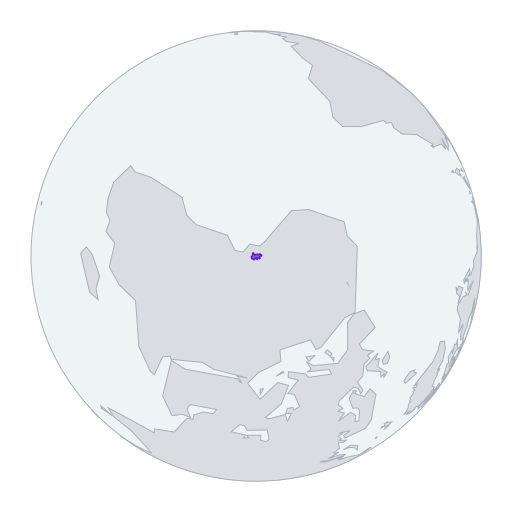 globe centered on Kogi, rotated 140°
{"feature_id": "NGA-2865", "entity_name": "Kogi", "entity_type": "State", "adm_level": 1, "iso_a3": "NGA", "parent_name": "Nigeria", "parent_adm1": "", "projection": "orthographic", "projection_center": [6.621, 7.634], "detail": "fine", "context": "on_globe", "style": "filled", "palette": "violet", "viewbox_px": 512, "rotation_deg": 140, "n_neighbors": 0, "source": "natural_earth", "source_scale": "10m", "svg_char_len": 9883}
<svg xmlns="http://www.w3.org/2000/svg" viewBox="0 0 512 512"><g transform="rotate(140 256 256)"><circle cx="256" cy="256" r="225" fill="#eef3f6" stroke="#a8b0b8"/><path d="M175.8,45.5L174.6,46.0L176.3,45.4L171.2,47.5L177.0,45.4L181.3,43.8L185.2,42.5L186.7,42.2L180.4,44.5L178.8,45.0L177.7,45.6L174.0,46.9L176.6,46.1L168.9,49.4L178.6,46.0L174.1,48.4L168.4,50.7L166.5,50.6L148.4,58.2L142.1,61.7L135.1,66.0L127.3,73.1L121.3,77.4L115.1,83.1L119.5,80.2L126.0,74.9L132.7,71.7L139.7,66.3L143.5,64.5L151.8,59.5L153.2,60.3L150.1,64.0L143.3,68.5L141.8,70.5L150.5,66.8L139.9,76.3L136.6,85.3L133.6,88.2L123.7,91.9L118.2,90.0L105.4,97.5L116.4,93.0L108.6,101.4L108.4,103.3L110.5,103.5L114.4,100.6L112.4,103.9L100.7,108.9L102.4,105.9L106.1,104.2L103.4,103.6L95.5,108.3L92.2,112.8L83.8,117.1L81.3,120.7L78.1,124.0L82.6,117.9L74.3,129.4L63.9,140.4L52.4,162.3L60.8,144.4L62.0,141.7L62.1,141.3L71.2,127.2L81.3,113.7L92.4,101.1L104.5,89.3L117.3,78.5L131.0,68.6L145.3,59.8L160.3,52.1L175.8,45.5ZM39.1,195.2L38.7,197.2L34.9,212.8L33.5,221.7L34.4,220.7L34.7,225.8L37.3,217.4L40.5,213.8L38.1,226.8L41.8,215.8L42.3,222.8L50.0,225.3L48.8,228.0L55.0,245.9L65.6,255.5L68.0,265.7L66.4,271.3L70.9,274.0L71.0,277.9L92.5,287.7L106.4,299.5L107.8,313.0L100.0,327.0L101.8,358.1L90.1,365.8L93.1,378.0L94.3,394.3L86.5,391.0L94.9,400.8L95.6,405.2L92.2,404.4L97.0,410.5L94.7,409.7L100.0,414.5L104.4,421.2L112.5,428.2L117.8,433.5L123.2,437.6L122.3,437.1L123.3,438.0L126.1,440.0L122.6,437.6L106.4,424.5L104.2,422.4L103.2,421.5L101.7,420.1L92.5,410.6L93.9,412.3L79.1,394.9L69.9,380.9L49.6,337.9L45.6,328.5L39.8,316.2L32.2,281.0L31.4,268.2L31.0,261.4L32.6,244.3L34.0,226.4L33.9,223.3L32.7,229.2L33.8,219.0L39.1,195.2ZM49.0,169.7L47.4,183.1L45.1,182.9L46.1,181.2L47.2,176.1L48.2,170.8L47.1,172.0L49.0,169.7ZM55.5,158.7L55.5,157.4L55.9,157.8L55.5,158.7ZM150.4,59.6L151.1,59.6L149.2,60.5L150.4,59.6ZM153.4,57.6L150.8,58.6L151.8,57.9L153.4,57.2L153.4,57.6ZM156.4,56.5L154.0,56.5L155.9,55.2L163.5,51.9L156.4,56.5ZM182.0,43.4L177.5,45.1L180.0,44.0L182.0,43.4ZM193.2,39.6L196.7,38.7L182.6,43.1L183.1,42.8L193.2,39.6ZM187.0,41.9L186.8,41.8L193.2,39.8L194.9,39.6L192.2,40.3L187.0,41.9ZM191.5,40.6L195.6,39.6L193.8,40.5L187.7,41.9L191.5,40.6ZM194.1,39.4L197.2,38.6L196.0,38.9L194.1,39.4ZM190.0,43.8L189.5,43.3L192.8,42.1L190.0,43.8ZM197.2,39.3L197.8,39.0L199.0,38.6L201.3,38.2L197.2,39.3ZM205.0,36.6L205.3,36.5L206.4,36.2L210.5,35.4L211.3,35.2L205.1,36.6L209.0,35.7L209.8,35.6L203.8,37.0L204.7,36.6L205.0,36.6ZM207.3,36.8L200.3,39.0L200.5,39.9L197.5,40.9L197.8,39.3L207.3,36.8ZM205.7,36.7L206.0,36.9L202.2,37.8L199.7,38.2L205.7,36.7ZM215.0,34.5L215.5,34.4L214.4,34.6L215.0,34.5ZM208.1,36.8L209.8,36.3L208.5,36.7L208.1,36.8ZM214.1,34.8L212.9,35.0L214.6,34.6L214.1,34.8ZM214.1,35.4L211.8,36.0L210.0,36.2L214.1,35.4ZM214.7,35.0L217.3,34.5L210.7,35.9L213.9,35.1L214.7,35.0ZM215.8,34.5L216.5,34.3L216.1,34.5L215.8,34.5ZM222.2,34.6L214.4,36.3L210.4,36.6L218.5,34.8L222.2,34.6ZM124.1,438.6L126.8,440.5L123.8,438.1L132.4,443.7L133.2,444.7L124.8,439.1L124.1,438.6ZM127.1,438.6L127.6,437.7L129.7,438.9L129.8,439.9L127.1,438.6ZM475.6,205.6L471.5,190.7L472.3,195.5L469.8,187.3L462.9,172.1L462.6,178.8L464.0,202.9L468.2,224.3L466.8,234.7L455.2,205.8L447.7,186.0L444.9,188.8L431.8,173.8L413.2,176.1L409.3,171.3L406.1,174.3L396.6,170.4L390.1,162.6L384.9,163.9L401.9,184.4L407.3,183.2L410.0,174.1L413.9,181.8L422.9,187.8L417.5,208.8L387.9,230.5L382.9,214.7L349.4,174.3L349.2,169.5L349.0,169.0L348.4,168.1L347.5,175.9L341.0,168.2L361.2,196.3L365.5,209.1L387.5,231.5L385.9,234.3L392.4,238.7L410.4,230.4L411.0,235.8L403.8,262.1L376.9,299.3L379.3,322.1L375.4,341.9L356.1,356.4L355.2,371.2L344.8,377.2L342.5,385.6L332.7,395.0L317.3,404.1L294.0,405.6L294.6,398.2L286.0,384.0L274.9,348.6L282.9,331.6L281.7,318.6L264.6,290.2L268.5,273.9L263.4,267.2L253.2,269.2L247.0,261.3L240.7,261.3L199.4,267.9L185.7,257.5L166.5,225.6L173.1,212.8L172.3,198.2L216.3,149.2L227.9,151.6L265.0,144.3L270.1,145.8L268.1,156.7L298.0,168.7L304.7,159.2L329.3,165.2L344.2,163.9L345.1,143.6L320.8,145.1L314.2,135.9L331.7,126.4L352.6,126.3L350.6,122.8L335.4,115.7L338.1,109.1L329.9,112.9L334.8,116.1L329.8,118.9L325.0,116.2L326.2,113.7L319.3,112.6L315.6,125.5L320.1,130.2L303.4,133.7L309.4,142.2L305.6,146.6L294.0,134.0L293.6,129.2L273.9,116.9L272.8,122.0L291.4,134.4L286.5,133.6L285.2,141.8L282.4,135.0L262.4,121.2L245.9,125.3L228.5,146.4L218.1,148.6L207.8,145.1L210.6,124.7L233.4,122.1L234.7,115.9L227.1,107.7L234.7,108.0L234.4,104.6L242.7,103.7L251.5,95.4L259.5,94.2L260.1,84.7L264.3,83.1L262.7,89.0L266.0,92.9L285.6,91.4L288.5,89.2L287.3,83.4L292.9,84.2L289.2,78.9L299.1,76.4L284.0,75.4L282.2,69.8L286.5,65.4L283.2,63.6L276.1,70.9L275.7,74.2L279.7,77.1L276.2,87.1L270.1,89.2L263.5,78.8L254.0,81.0L253.0,73.0L272.9,56.5L282.7,53.6L304.8,59.2L304.2,62.4L296.0,61.6L306.2,66.9L304.1,64.2L308.7,65.2L308.2,61.0L311.4,61.6L305.3,56.9L309.2,57.2L313.0,60.1L315.5,55.1L322.9,55.2L321.9,53.9L318.7,52.5L330.1,54.1L328.9,53.1L324.7,52.1L319.5,49.7L314.7,46.3L318.9,47.1L321.2,48.4L332.3,52.7L337.8,56.7L339.0,56.7L335.3,53.5L321.7,48.1L317.7,46.0L324.3,48.0L321.6,47.1L320.9,46.3L324.1,46.4L316.9,44.1L303.6,37.0L308.5,37.3L315.9,39.4L311.9,37.8L327.6,42.4L343.0,48.2L357.9,55.1L372.3,63.1L386.1,72.1L399.1,82.0L411.4,92.9L422.9,104.7L433.5,117.2L443.1,130.6L451.8,144.5L459.4,159.1L465.9,174.2L471.3,189.7L475.6,205.6ZM203.9,173.6L203.4,177.9L203.9,173.6ZM376.8,137.3L387.9,137.2L379.1,125.5L382.7,124.7L378.4,121.3L378.4,124.7L367.5,115.6L370.9,111.9L367.6,107.2L363.7,107.1L359.2,115.5L374.9,128.2L374.0,133.3L376.8,137.3ZM50.4,225.2L51.0,228.1L49.5,227.6L50.4,225.2ZM43.2,187.9L43.6,188.7L43.3,191.0L42.6,191.2L43.2,187.9ZM51.0,193.0L52.3,194.8L50.2,195.1L51.0,193.0ZM47.5,184.9L49.8,192.1L45.9,194.4L44.8,190.1L46.5,190.0L47.5,184.9ZM51.9,165.5L51.8,166.7L50.7,168.9L51.9,165.5ZM55.8,159.0L55.6,159.1L56.3,157.1L55.8,159.0ZM109.3,101.1L110.2,100.8L111.4,101.7L109.3,102.8L109.3,101.1ZM126.2,98.5L122.5,104.0L123.7,100.5L120.0,102.6L118.0,98.5L132.0,89.5L126.0,94.1L126.2,98.5ZM119.1,91.4L118.8,94.4L118.6,91.5L119.1,91.4ZM224.4,89.4L228.2,91.1L226.4,94.8L216.2,98.2L218.7,92.6L224.4,89.4ZM234.0,92.7L230.2,82.6L236.4,80.7L233.6,83.4L238.0,83.1L234.7,87.5L244.3,96.3L243.3,100.4L225.0,103.3L231.5,99.8L227.4,98.1L234.0,92.7ZM209.7,66.0L208.2,63.2L223.6,62.5L223.2,65.2L213.1,68.3L207.5,66.8L209.7,66.0ZM170.5,51.4L168.9,51.6L170.6,50.8L173.4,50.0L170.5,51.4ZM189.5,43.6L179.2,50.3L176.9,50.7L173.7,55.0L166.2,57.9L168.6,54.8L160.4,60.7L159.6,59.1L154.7,63.1L160.7,56.1L159.6,55.4L163.7,54.9L170.5,52.2L173.2,50.8L179.8,46.7L180.8,44.7L187.8,42.3L192.4,41.1L193.2,41.2L188.4,42.6L193.0,41.8L186.7,44.0L189.5,43.6ZM242.8,37.9L237.0,38.0L245.0,39.6L238.8,40.6L240.1,40.7L236.5,42.2L234.5,44.6L231.3,44.9L231.9,45.7L229.5,47.0L229.3,48.3L223.5,49.6L222.7,51.4L220.4,51.0L220.6,54.0L217.8,52.4L214.5,54.4L218.9,54.9L188.2,61.5L177.5,66.5L170.0,72.0L166.3,69.4L170.9,63.0L179.9,55.9L190.8,51.8L187.2,51.7L191.3,49.9L192.4,50.7L193.1,48.4L196.8,47.2L204.9,43.0L203.6,41.1L206.5,39.8L208.8,40.0L210.1,38.6L216.5,38.2L218.7,37.4L227.3,36.5L230.6,37.8L232.8,36.9L239.4,36.6L242.8,37.9ZM224.6,34.3L229.9,34.9L229.1,36.0L214.5,37.2L211.6,38.0L202.2,39.5L203.6,38.2L206.2,37.8L208.9,37.1L207.4,37.8L210.7,36.8L214.4,36.4L217.9,35.6L218.7,35.9L224.6,34.3ZM274.4,141.6L278.0,141.8L283.4,141.1L282.7,146.6L274.4,141.6ZM260.6,132.3L263.7,131.4L265.3,138.1L261.5,138.2L260.6,132.3ZM264.0,125.6L263.7,130.8L261.6,128.0L264.0,125.6ZM265.5,88.2L268.6,87.3L269.5,88.6L268.4,90.7L265.5,88.2ZM265.4,45.3L262.1,44.6L262.7,44.1L258.7,41.7L263.0,41.2L267.1,42.4L265.4,45.3ZM341.8,147.3L338.4,151.4L335.7,149.7L337.4,148.6L341.8,147.3ZM309.7,148.9L317.7,151.0L309.4,150.4L309.7,148.9ZM269.4,44.3L267.2,43.3L270.7,43.7L269.4,44.3ZM265.9,40.7L269.8,40.9L263.1,40.8L265.9,40.7ZM387.9,432.7L386.6,434.9L384.6,435.5L387.9,432.7ZM406.6,335.5L388.6,370.8L380.1,371.9L380.6,362.1L388.7,341.1L399.3,334.1L405.1,324.1L406.6,335.5ZM480.9,243.6L480.2,235.4L480.3,235.1L480.9,243.6ZM468.9,226.3L472.2,238.5L471.1,241.1L468.9,226.3ZM303.1,42.5L303.9,46.0L307.3,49.2L313.7,51.5L305.0,50.2L299.8,45.3L303.1,42.5ZM303.1,37.4L297.5,36.0L299.6,36.1L301.2,36.5L303.1,37.4ZM299.9,36.9L293.6,36.4L290.3,35.4L295.9,35.9L299.9,36.9ZM281.7,39.1L281.6,40.0L278.8,39.6L281.7,39.1Z" fill="#d9dde1" stroke="#a8b0b8" stroke-width="1"/><path d="M260.1,254.5L260.1,254.9L260.1,255.1L260.2,255.3L260.3,255.4L260.4,255.5L260.4,256.1L260.5,256.6L260.7,256.8L260.8,256.8L260.8,257.0L260.7,257.5L260.5,257.8L260.0,258.1L260.0,258.3L259.8,258.5L259.7,258.4L259.4,258.2L259.1,258.1L258.9,258.1L258.7,258.3L258.4,258.6L258.2,258.8L257.9,259.1L257.7,259.2L257.6,259.4L257.4,259.2L257.2,259.2L257.1,259.4L256.8,259.6L256.8,259.8L256.7,260.2L256.5,260.3L256.4,260.3L256.2,260.3L256.2,260.2L256.1,259.8L256.1,259.3L256.1,259.1L256.2,258.9L256.3,258.7L256.3,258.4L256.3,258.1L256.4,257.9L256.3,257.7L256.2,257.6L256.1,257.4L255.9,257.4L255.8,257.5L255.6,257.5L255.5,257.4L255.4,257.1L255.2,257.0L254.9,257.0L254.8,256.9L254.7,256.8L254.6,256.7L254.3,256.8L254.1,256.8L254.0,256.7L254.0,256.4L253.9,256.4L253.7,256.2L253.4,256.0L253.3,255.7L253.2,255.5L252.8,255.5L252.7,255.5L252.4,255.3L252.2,255.3L252.1,255.1L252.1,254.8L252.2,254.7L252.3,254.6L252.2,254.5L251.9,254.5L251.7,254.6L251.7,254.4L251.8,254.3L251.7,254.0L251.5,253.9L251.3,253.7L251.2,253.6L251.1,253.3L251.1,253.2L251.5,252.6L251.9,252.5L252.1,252.7L252.4,252.9L252.8,253.0L253.4,253.0L253.8,253.1L254.0,253.0L254.0,252.9L254.1,252.4L254.3,251.9L254.4,251.7L254.6,251.7L254.8,251.8L255.0,251.8L255.1,252.0L255.2,252.3L255.3,252.5L255.4,252.9L255.8,253.2L256.0,253.5L256.3,253.7L256.5,253.4L256.5,253.5L256.5,253.4L256.7,253.2L256.8,253.1L257.1,253.0L257.4,252.9L257.4,253.1L257.3,253.3L257.4,253.7L257.5,253.9L257.4,254.5L257.2,254.9L257.2,255.1L257.3,255.1L257.5,254.9L257.8,254.7L258.6,254.4L259.4,254.5L260.0,254.4L260.1,254.5Z" fill="#8b5cf6" stroke="#5b21b6" stroke-width="1.5"/></g></svg>